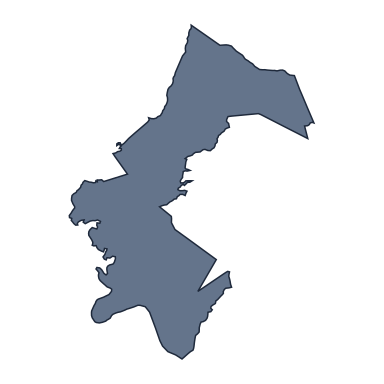 outline of Viana, Maranhão, Brazil, rotated 89°
{"feature_id": "56859067B39245946718255", "entity_name": "Viana", "entity_type": "district", "adm_level": 2, "iso_a3": "BRA", "parent_name": "Brazil", "parent_adm1": "Maranhão", "projection": "robinson", "projection_center": [-44.985, -3.13], "detail": "fine", "context": "isolated", "style": "filled", "palette": "slate", "viewbox_px": 384, "rotation_deg": 89, "n_neighbors": 0, "source": "geoboundaries", "source_scale": "gbopen_adm2", "svg_char_len": 5058}
<svg xmlns="http://www.w3.org/2000/svg" viewBox="0 0 384 384"><g transform="rotate(89 192 192)"><path d="M358.8,204.9L353.3,198.5L351.5,196.2L350.2,193.8L348.7,193.2L346.9,192.8L344.6,192.5L342.3,192.2L340.5,191.9L338.2,191.5L335.5,190.9L333.9,188.9L332.1,187.3L330.4,187.2L327.8,187.1L325.9,186.6L324.3,186.2L322.2,185.2L321.8,183.1L320.6,180.7L318.6,179.2L316.9,178.6L314.8,178.3L312.5,178.1L312.0,175.3L310.1,173.8L308.5,175.3L306.7,174.9L305.4,173.2L303.9,170.6L301.2,170.0L300.2,168.4L298.6,166.9L296.3,164.7L295.1,163.4L293.9,162.4L292.2,162.5L290.0,161.4L288.8,159.9L288.5,156.7L287.9,154.1L285.1,155.0L281.8,155.5L279.8,155.9L277.0,156.7L275.2,156.5L272.5,155.9L272.0,157.7L273.1,159.7L276.0,164.2L291.5,187.9L260.0,168.9L241.3,193.6L234.0,203.3L229.2,209.7L222.3,213.1L218.3,212.9L216.0,213.1L214.5,214.9L206.2,224.7L205.2,222.3L204.6,220.1L204.3,217.5L202.8,215.8L201.5,214.2L200.8,212.6L199.9,211.2L198.8,210.0L198.5,207.7L196.3,206.7L195.5,205.2L194.2,204.0L194.2,201.4L195.4,198.9L193.1,198.1L191.1,197.0L190.2,199.4L190.5,201.2L190.5,204.1L189.4,206.1L187.9,205.6L186.8,203.6L185.3,202.7L184.2,200.7L185.3,199.5L183.9,197.9L182.3,196.4L182.2,194.0L180.8,191.7L180.7,194.0L180.7,195.9L180.7,197.9L181.9,199.1L182.7,200.6L182.7,203.1L180.9,203.6L179.0,202.5L177.4,201.2L175.3,201.1L173.5,200.7L171.4,200.4L170.7,198.5L171.0,196.5L170.4,193.6L169.3,195.8L169.0,197.5L167.8,198.5L166.2,198.3L163.7,197.9L161.6,197.6L159.3,196.6L158.5,198.3L157.6,197.1L156.4,195.6L155.8,193.0L155.0,190.9L153.8,190.0L152.4,187.8L152.3,185.9L152.1,183.2L149.9,180.3L149.6,178.3L150.8,175.4L151.0,172.9L149.2,170.9L148.2,169.2L146.3,168.2L144.4,167.9L142.8,166.1L140.7,165.7L139.3,166.1L137.5,164.9L136.0,164.5L134.9,162.7L133.5,161.6L131.8,158.9L129.6,157.6L128.6,155.5L128.0,153.5L126.4,153.8L124.1,154.2L122.1,156.2L120.2,156.1L117.2,154.7L116.8,151.0L114.8,124.3L115.8,121.8L128.0,99.0L140.6,75.3L128.0,78.3L127.7,75.2L126.6,73.5L125.0,72.6L124.5,70.6L125.1,68.9L109.9,75.1L95.9,80.7L91.3,82.6L77.4,87.6L76.8,92.2L75.1,94.8L72.6,97.1L71.7,99.2L71.7,101.6L72.4,104.9L71.9,107.3L71.9,109.3L71.7,111.4L71.4,114.5L71.0,117.1L71.0,119.4L70.7,122.3L69.6,123.9L67.5,127.1L66.1,128.2L64.9,129.2L63.3,131.8L61.8,133.6L60.2,136.3L59.0,137.3L57.4,138.2L56.1,139.2L54.6,141.4L52.0,145.2L50.1,147.0L48.8,148.3L46.8,150.0L45.8,153.1L45.5,155.2L45.6,158.2L45.8,161.5L35.4,175.8L25.2,189.9L27.3,189.8L28.8,190.2L30.0,191.5L32.8,192.4L35.5,192.5L37.2,193.5L38.6,194.2L40.2,193.6L42.6,194.0L45.6,195.8L48.4,196.2L52.0,195.9L53.5,197.2L55.8,199.1L72.2,206.5L75.5,207.4L76.9,208.5L78.4,209.0L80.1,208.8L81.7,209.0L83.7,209.7L85.7,211.2L87.0,212.9L88.9,214.2L92.1,215.0L94.9,215.5L97.0,214.9L99.0,214.8L100.6,214.9L102.2,215.4L104.3,216.3L106.1,217.8L108.2,218.2L110.2,219.8L112.2,220.4L113.6,221.4L115.0,222.2L116.1,224.9L117.5,226.4L118.1,228.9L117.9,231.4L117.0,234.1L119.2,233.5L121.3,235.1L128.2,243.4L131.8,247.8L137.4,254.4L139.7,256.6L142.1,259.0L144.4,262.2L147.2,263.9L147.4,261.9L149.0,261.9L150.0,263.4L150.3,265.6L151.6,267.6L152.2,270.3L155.4,268.3L173.0,256.2L180.0,280.1L178.2,282.1L178.4,284.7L178.3,286.6L180.0,286.5L179.2,287.9L180.8,288.2L181.1,290.3L180.5,292.5L180.3,294.5L179.6,296.3L178.7,299.0L180.4,300.8L182.0,301.4L183.2,302.7L185.4,303.3L187.8,305.6L188.6,306.9L190.4,307.8L191.7,310.2L193.4,312.0L196.1,312.5L198.3,312.6L201.8,311.2L204.5,309.6L206.0,309.6L207.4,310.9L209.1,312.1L210.8,313.1L213.4,315.1L215.5,314.9L216.3,312.7L218.3,313.2L220.1,311.7L221.5,310.7L223.1,308.9L223.0,306.8L221.4,307.2L219.9,306.1L218.4,303.3L218.0,300.4L220.3,301.3L221.8,299.3L220.2,296.1L219.3,294.3L218.8,291.6L219.0,289.4L218.3,287.0L219.8,284.0L221.6,284.7L221.2,287.5L223.6,287.8L225.4,287.0L227.3,287.8L226.7,289.8L225.8,292.4L228.0,294.7L229.8,295.8L231.7,296.1L233.6,295.9L238.1,293.1L240.4,292.1L242.1,292.2L243.5,292.7L244.2,291.1L243.9,288.8L246.0,288.0L247.9,286.6L249.5,283.6L250.3,281.6L248.7,280.9L246.9,280.5L247.4,278.0L248.9,278.3L250.4,279.3L252.9,280.2L255.4,282.1L257.6,280.8L258.4,279.0L256.2,278.1L256.6,275.2L254.8,272.5L255.4,269.8L257.4,269.7L261.1,271.0L262.7,272.3L263.5,275.7L264.7,277.6L266.2,278.4L267.8,278.5L269.7,278.3L272.0,277.9L273.4,279.4L271.8,281.5L270.2,282.4L268.1,283.7L266.3,285.6L265.8,288.4L267.3,289.3L269.2,287.7L271.1,286.4L273.3,287.0L275.2,286.9L277.1,286.5L278.9,285.4L280.1,284.2L281.9,282.3L285.4,278.5L286.7,275.4L287.8,274.0L289.9,274.2L293.1,276.8L294.5,279.9L295.6,282.2L296.3,284.2L297.3,287.2L298.0,288.6L299.7,289.9L301.7,290.6L303.8,291.9L305.9,292.9L309.2,294.4L310.8,294.6L313.7,294.6L316.1,293.9L318.0,292.7L320.0,291.4L320.8,290.0L321.3,286.9L320.7,283.8L319.6,280.5L318.5,279.2L317.7,277.6L316.7,276.0L314.2,274.6L312.9,273.2L311.7,270.4L311.0,268.1L310.6,265.7L309.8,263.5L308.8,260.9L308.0,259.3L307.4,257.1L305.9,252.2L304.3,248.1L304.4,245.8L305.9,240.7L311.4,236.5L327.3,230.9L340.1,226.7L345.6,224.1L351.2,218.9L354.6,211.2L358.8,204.9ZM144.4,262.2L142.9,262.3L141.5,263.0L141.5,264.8L142.5,266.3L144.3,266.4L143.0,264.4L144.4,262.2Z" fill="#64748b" stroke="#1e293b" stroke-width="1.5"/></g></svg>